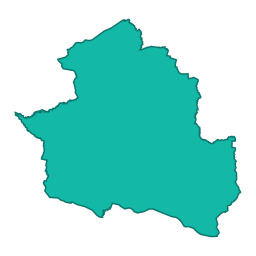 the district of Khok Charoen, Lop Buri, Thailand
{"feature_id": "78962969B49481349278352", "entity_name": "Khok Charoen", "entity_type": "district", "adm_level": 2, "iso_a3": "THA", "parent_name": "Thailand", "parent_adm1": "Lop Buri", "projection": "mercator", "projection_center": [100.85, 15.427], "detail": "fine", "context": "isolated", "style": "filled", "palette": "teal", "viewbox_px": 256, "rotation_deg": 0, "n_neighbors": 0, "source": "geoboundaries", "source_scale": "gbopen_adm2", "svg_char_len": 5777}
<svg xmlns="http://www.w3.org/2000/svg" viewBox="0 0 256 256"><path d="M235.2,200.1L237.5,197.0L238.2,194.2L240.6,192.1L238.9,189.4L238.6,187.3L237.2,185.7L235.3,182.0L236.6,179.3L236.5,173.1L235.5,171.2L234.6,170.6L235.9,167.7L235.2,165.0L235.6,161.8L236.1,161.5L234.0,158.3L234.6,157.4L234.0,155.8L234.5,154.6L234.1,154.4L234.3,153.2L233.9,152.9L234.2,151.7L235.1,150.9L235.4,148.7L234.9,147.7L232.0,147.6L231.9,145.2L232.1,141.2L235.2,141.0L235.2,137.9L234.3,137.5L234.2,136.8L233.5,136.4L231.9,136.9L231.3,136.4L229.5,137.1L228.8,136.9L227.6,138.7L227.9,139.5L226.8,139.3L223.7,140.3L221.2,139.8L220.9,140.2L219.0,140.5L218.5,139.9L217.4,139.6L215.2,141.7L213.8,142.1L214.0,142.8L213.5,143.4L212.8,143.2L212.6,143.6L210.9,143.5L210.3,142.9L208.8,142.6L208.6,141.7L207.1,141.2L205.7,140.0L204.6,140.1L204.5,139.7L203.8,139.5L203.0,140.1L202.4,139.3L201.1,138.7L200.4,137.8L200.6,137.3L199.8,137.0L199.3,135.8L199.7,135.5L199.3,134.4L199.8,133.9L199.3,133.1L200.0,132.8L199.5,132.0L199.8,131.9L200.0,130.9L199.5,130.2L199.9,129.6L199.4,129.2L199.9,128.1L199.6,127.4L198.4,126.7L195.9,123.3L194.7,123.5L195.9,119.6L195.7,118.1L194.7,117.3L195.5,116.9L195.1,115.4L195.7,115.0L195.4,114.3L196.0,114.2L195.8,113.5L197.0,112.8L196.4,112.5L196.8,111.9L196.7,109.9L197.2,109.3L197.8,109.5L197.5,109.0L197.8,107.8L196.6,104.5L197.3,103.4L196.8,102.4L197.6,101.4L197.0,100.4L197.8,100.0L198.5,98.9L198.4,98.2L200.2,97.9L200.8,96.8L199.7,94.8L199.6,93.9L199.0,93.6L199.1,92.8L197.7,92.0L197.7,90.7L196.9,89.7L196.9,87.6L196.1,86.5L196.5,86.1L196.2,85.4L197.1,84.5L196.8,83.5L198.1,81.4L198.1,79.7L193.9,77.5L188.8,78.8L188.1,76.6L188.1,73.9L181.5,74.0L179.2,72.8L177.0,68.6L176.8,67.0L175.2,66.9L175.4,63.6L176.3,59.8L170.0,57.7L170.3,56.3L166.8,55.6L168.2,50.5L167.5,49.2L166.3,49.6L166.4,48.7L165.2,48.5L165.2,48.0L164.4,47.6L164.7,47.0L162.7,47.5L162.2,47.0L160.6,47.8L159.1,47.7L158.9,47.1L157.4,47.4L151.0,46.4L148.8,47.4L147.1,47.2L146.7,47.9L145.5,48.0L141.1,50.0L140.9,49.6L140.0,49.7L141.0,48.6L140.9,47.4L141.5,47.3L141.1,45.4L141.6,44.7L142.1,45.0L142.7,44.5L142.7,43.8L142.3,42.2L142.6,41.7L141.7,40.8L141.8,39.5L141.3,39.4L141.6,39.0L141.1,38.2L141.5,38.0L140.7,37.6L140.5,36.6L140.5,35.7L141.5,34.1L140.9,32.9L141.3,32.2L140.5,31.7L140.6,31.2L139.1,29.4L137.6,30.8L136.6,30.4L136.1,29.9L136.2,28.9L135.3,28.5L134.4,25.8L133.4,25.3L133.1,24.5L131.9,24.4L131.8,23.7L129.9,22.6L129.5,23.0L129.2,22.6L129.0,21.8L129.5,20.8L129.4,19.8L128.2,19.4L126.5,20.6L125.3,20.2L125.2,20.8L124.5,20.4L124.3,21.0L123.8,20.6L124.2,20.2L123.2,20.0L111.1,28.1L104.2,31.1L92.2,39.9L89.3,40.6L85.2,40.0L83.3,42.0L81.0,42.9L77.7,42.5L75.9,42.8L72.9,46.8L71.0,47.8L69.7,49.2L67.4,49.5L67.4,50.3L68.6,51.8L67.8,52.7L68.4,54.0L68.1,54.9L65.2,57.3L57.9,59.3L58.7,61.0L62.1,64.2L61.6,66.1L63.3,68.7L73.3,70.5L74.2,71.1L75.5,72.8L75.4,73.5L76.0,74.3L75.8,74.8L76.9,77.0L75.1,78.7L73.5,82.2L74.3,84.2L75.6,90.4L75.3,92.5L77.7,96.7L77.4,97.5L77.8,97.9L76.2,98.8L76.2,99.4L73.7,100.0L73.3,100.5L71.8,100.2L70.4,101.2L70.0,100.3L69.6,101.3L68.6,101.0L67.7,101.9L67.0,102.9L67.1,103.5L64.9,103.5L64.9,102.8L64.4,102.6L63.8,102.8L63.2,103.6L63.0,102.7L62.2,103.3L60.2,102.9L59.3,103.5L59.2,104.5L58.6,104.6L58.3,105.7L57.8,105.8L57.8,106.4L56.8,106.3L56.7,107.0L55.8,107.1L55.4,108.4L53.9,108.2L53.3,109.3L52.8,108.7L52.4,109.8L51.7,109.4L49.6,109.7L48.7,110.7L49.1,111.5L48.5,112.0L47.7,111.6L46.4,112.0L46.2,111.4L45.4,111.3L44.5,111.8L44.7,111.2L44.2,111.2L44.2,110.7L42.3,109.8L41.1,110.1L40.7,110.7L40.4,111.6L41.3,111.8L40.8,112.6L39.1,112.5L39.1,111.0L37.7,111.4L38.0,111.9L35.9,111.7L35.8,112.3L35.2,112.6L35.5,113.1L34.7,113.1L35.0,112.6L34.7,112.4L33.9,113.2L34.4,113.7L33.5,114.5L34.1,114.9L32.4,115.2L32.6,115.7L32.2,115.7L32.2,116.3L30.7,116.6L30.1,117.6L28.7,116.7L27.8,116.8L28.0,117.4L27.1,117.4L26.7,118.2L26.2,117.6L25.7,117.9L25.4,117.4L24.8,117.8L24.2,117.6L23.4,117.0L23.3,115.9L21.5,115.7L20.9,114.3L20.3,114.3L20.3,113.9L19.1,113.6L18.4,114.5L18.2,114.2L17.7,114.4L17.0,113.1L15.4,112.6L15.8,113.6L15.4,114.1L15.8,115.3L18.6,116.5L19.1,118.8L21.2,119.8L21.7,122.2L23.4,123.5L23.8,124.6L24.6,124.8L24.4,125.5L25.0,125.5L25.5,127.3L26.9,127.9L27.2,128.5L26.9,129.3L27.7,130.8L28.5,130.5L28.7,131.2L29.9,131.5L30.0,132.0L31.2,133.1L34.6,135.2L34.4,135.8L35.6,136.3L36.0,137.2L37.5,137.5L38.3,138.3L40.3,138.0L40.9,138.5L40.7,138.9L41.2,139.1L41.6,140.4L43.1,140.6L44.1,141.4L43.4,146.0L43.9,146.8L44.3,150.6L43.5,153.7L41.6,157.8L41.5,159.0L47.0,160.2L45.9,165.4L46.6,166.8L46.5,168.6L45.3,170.9L46.5,171.3L46.4,172.0L47.0,172.0L46.6,173.4L46.9,173.4L47.3,174.9L48.3,174.8L48.1,177.4L47.5,177.5L46.1,181.2L44.4,180.7L43.6,182.5L43.6,183.6L44.6,185.4L45.2,185.5L45.9,187.7L44.8,190.9L49.8,197.4L58.0,197.9L61.4,200.4L63.4,200.7L65.4,202.0L71.0,203.2L71.9,201.9L77.6,204.7L85.0,206.6L92.3,210.2L96.8,215.1L99.2,216.9L99.9,217.0L102.5,217.3L102.6,215.5L103.2,215.3L103.0,214.4L104.0,214.3L104.2,213.2L103.6,213.0L104.1,212.4L103.5,212.3L103.5,211.3L103.1,211.0L103.4,210.3L103.9,210.8L105.4,210.9L105.5,210.3L105.8,210.5L106.0,209.8L106.7,209.4L107.6,209.3L107.8,210.1L109.3,209.0L110.2,208.9L110.6,207.7L110.0,207.4L111.0,207.0L112.3,203.3L119.1,204.8L120.7,206.4L124.9,208.9L128.5,207.9L130.7,208.3L132.0,209.0L134.2,211.6L137.4,212.9L143.8,211.6L149.3,209.0L152.8,209.0L171.5,216.5L176.2,217.4L178.5,218.8L180.9,221.2L184.3,226.4L185.8,226.8L188.6,226.5L193.6,228.3L197.1,231.9L200.5,234.3L211.3,236.6L217.1,236.3L217.1,235.4L219.0,233.1L218.7,231.3L216.5,227.7L216.6,226.4L217.7,224.2L216.2,219.2L216.2,218.1L220.9,213.5L223.5,211.9L225.2,212.2L225.2,211.6L226.6,211.4L227.8,210.5L227.9,209.9L227.4,209.1L227.8,208.3L227.4,206.3L227.9,205.6L229.8,205.3L230.3,204.5L230.7,204.7L231.6,203.4L231.6,202.3L233.7,201.5L235.2,200.1Z" fill="#14b8a6" stroke="#0f766e" stroke-width="1.5"/></svg>